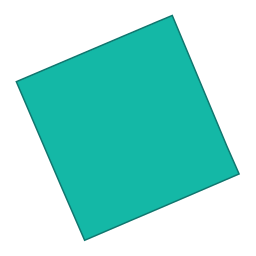 outline of Orange, Indiana, United States of America, rotated 247°
{"feature_id": "52423323B3825841666774", "entity_name": "Orange", "entity_type": "district", "adm_level": 2, "iso_a3": "USA", "parent_name": "United States of America", "parent_adm1": "Indiana", "projection": "natural_earth1", "projection_center": [-86.529, 38.541], "detail": "fine", "context": "isolated", "style": "filled", "palette": "teal", "viewbox_px": 256, "rotation_deg": 247, "n_neighbors": 0, "source": "geoboundaries", "source_scale": "gbopen_adm2", "svg_char_len": 292}
<svg xmlns="http://www.w3.org/2000/svg" viewBox="0 0 256 256"><g transform="rotate(247 128 128)"><path d="M41.6,44.2L41.8,94.7L41.9,136.5L42.3,212.3L73.0,211.9L214.3,212.7L214.4,196.1L214.4,160.4L214.3,43.3L101.4,43.7L41.6,44.2Z" fill="#14b8a6" stroke="#0f766e" stroke-width="1.5"/></g></svg>